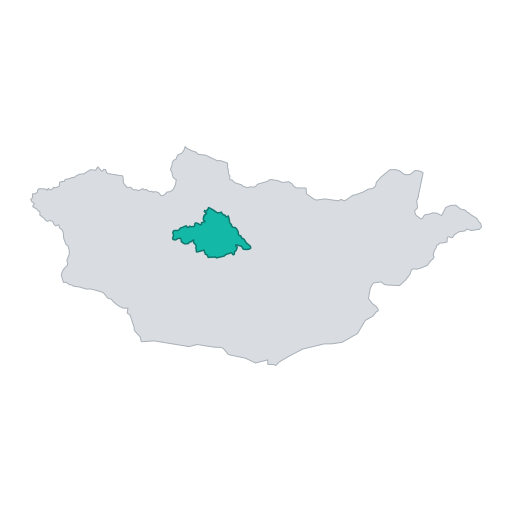 Mongolia, with Arhangay highlighted
{"feature_id": "MNG-3316", "entity_name": "Arhangay", "entity_type": "Province", "adm_level": 1, "iso_a3": "MNG", "parent_name": "Mongolia", "parent_adm1": "", "projection": "albers", "projection_center": [100.83, 48.018], "detail": "fine", "context": "in_parent", "style": "filled", "palette": "teal", "viewbox_px": 512, "rotation_deg": 0, "n_neighbors": 0, "source": "natural_earth", "source_scale": "10m", "svg_char_len": 7677}
<svg xmlns="http://www.w3.org/2000/svg" viewBox="0 0 512 512"><path d="M32.7,193.8L34.3,194.0L37.1,192.5L37.8,190.0L38.8,188.7L44.8,188.9L47.4,190.1L48.1,188.5L48.6,188.4L49.8,190.0L51.3,189.6L52.3,189.1L53.5,187.3L55.5,187.9L59.3,186.2L59.7,182.3L61.2,181.6L64.4,181.3L65.0,179.6L65.7,179.2L68.1,179.0L72.2,177.5L74.1,177.6L75.7,176.1L79.5,174.2L84.8,173.8L85.4,172.7L90.5,169.7L95.7,170.2L97.4,167.2L98.2,167.0L101.4,171.1L102.9,170.7L103.6,169.4L105.7,169.6L106.4,172.3L107.5,173.5L122.6,175.9L123.0,176.8L123.4,183.0L126.0,186.0L126.6,187.4L130.8,187.3L133.1,189.7L136.8,189.9L138.6,190.7L142.3,188.8L143.2,188.8L144.2,190.0L146.0,189.3L149.3,191.5L151.9,191.3L153.1,192.2L154.6,191.6L158.3,192.4L161.1,195.7L163.2,195.6L165.7,193.6L166.5,192.2L170.1,191.6L172.1,190.3L173.5,189.0L175.6,184.3L176.2,179.5L174.4,178.7L173.0,177.1L172.2,174.4L172.1,172.6L170.5,169.9L170.7,168.5L171.8,166.1L172.4,162.3L173.7,160.2L176.1,159.2L176.4,157.7L178.0,154.8L181.8,153.2L184.0,150.0L185.2,146.6L187.0,148.4L191.8,150.8L195.8,152.0L198.4,154.4L205.5,155.1L217.4,160.8L219.9,160.5L227.0,162.8L227.6,163.6L227.6,167.9L228.2,169.1L228.5,173.7L229.9,176.0L229.6,178.8L230.3,179.7L232.1,180.0L235.0,182.9L241.4,184.7L243.4,186.5L247.9,187.7L250.1,186.8L253.8,187.1L255.2,186.7L257.4,184.4L258.9,183.7L267.2,181.5L269.4,179.9L270.9,179.5L277.6,180.6L282.3,182.4L288.9,181.7L292.1,183.9L293.6,186.1L296.4,187.9L305.7,188.0L306.1,188.4L306.4,193.3L306.9,194.0L313.4,198.8L316.3,200.1L324.8,198.9L338.3,200.8L341.2,199.4L344.2,200.8L345.3,200.5L353.2,195.0L354.5,195.1L363.0,192.1L368.3,189.1L372.5,188.6L375.5,186.2L376.4,182.2L381.1,176.9L389.8,169.8L395.8,169.6L399.6,170.9L403.9,174.1L406.2,174.8L410.1,174.4L415.0,170.6L418.0,170.7L420.9,171.4L423.1,173.0L418.5,194.9L418.6,196.2L416.7,200.9L417.6,207.8L414.5,210.9L415.6,214.6L416.7,215.9L421.4,219.0L422.6,218.3L423.4,216.4L425.3,214.6L429.2,214.2L432.5,212.8L437.0,213.2L441.6,215.6L445.8,207.4L450.8,205.4L455.8,205.2L460.5,209.0L465.4,210.1L467.1,212.4L469.2,213.1L470.0,214.2L476.6,218.2L478.5,221.4L480.7,223.5L481.3,226.0L481.2,227.4L479.3,229.3L471.5,230.5L466.5,229.1L465.1,230.9L459.2,231.7L456.1,233.5L454.1,235.0L453.1,236.9L452.1,237.6L451.1,237.7L449.1,236.7L447.6,237.1L447.2,237.5L447.1,242.0L442.1,243.1L440.3,242.9L436.5,245.8L436.2,247.6L434.4,250.4L433.2,255.1L434.0,256.9L433.6,258.2L430.3,261.3L427.3,265.4L420.1,268.3L416.6,269.2L413.8,268.8L411.4,269.9L410.0,274.1L405.9,279.7L399.5,285.6L386.1,284.9L384.3,284.4L381.2,281.9L373.6,282.9L371.8,285.2L370.3,288.4L368.4,298.4L372.1,303.4L376.1,306.4L377.9,308.7L378.2,310.8L375.9,312.2L373.0,316.1L365.3,320.4L357.6,333.4L342.1,342.3L332.1,343.8L324.0,343.9L302.6,349.1L289.0,356.2L278.8,362.2L276.6,364.9L275.6,365.4L273.6,364.5L267.9,364.4L267.7,359.9L255.5,363.0L245.3,358.1L230.9,355.2L228.0,354.1L223.1,348.2L220.5,347.4L214.3,347.2L197.1,344.5L189.1,346.6L154.3,340.9L141.5,341.7L141.1,341.1L140.5,337.3L134.9,331.1L134.2,329.6L134.1,327.3L130.1,315.1L127.2,313.1L127.9,308.2L123.4,308.2L118.5,305.9L113.6,302.0L111.3,299.2L107.8,298.2L103.7,293.1L101.7,292.0L91.2,289.0L85.8,289.0L80.1,287.1L73.6,286.2L71.6,284.9L69.7,284.8L66.1,282.3L63.5,282.4L61.2,275.2L62.5,271.0L64.1,268.6L67.5,265.2L67.7,263.8L66.9,260.2L69.3,254.2L69.2,250.4L68.1,245.9L66.1,244.6L63.7,238.3L63.4,233.6L62.5,230.3L59.6,228.0L58.9,225.1L57.9,224.8L57.2,225.6L55.3,225.7L53.6,223.7L52.8,221.6L51.7,220.9L49.6,220.6L47.6,221.3L45.7,220.5L44.1,218.4L39.8,215.0L40.0,212.9L39.6,211.5L38.2,210.8L37.0,209.2L32.8,206.7L32.9,205.7L34.4,203.8L31.6,201.5L30.7,199.4L32.9,197.3L32.4,195.5L32.7,193.8Z" fill="#d9dde1" stroke="#a8b0b8" stroke-width="1"/><path d="M221.5,212.2L221.7,212.9L221.9,213.3L222.4,213.9L222.7,214.2L223.0,214.5L223.7,214.9L224.2,214.9L224.5,215.0L225.0,215.3L225.4,215.6L225.5,215.9L225.7,216.4L225.8,216.6L226.0,216.8L226.3,216.9L226.6,216.9L227.0,216.7L227.6,216.3L228.1,216.0L228.6,217.0L229.1,218.8L229.5,221.2L229.5,221.5L229.5,222.2L229.6,222.6L229.8,222.9L230.0,223.2L230.2,223.4L230.9,223.9L231.2,224.3L231.5,224.8L231.6,226.0L232.1,226.5L232.3,226.7L233.2,227.3L233.5,227.5L233.8,227.5L234.5,227.5L235.3,227.6L236.0,228.2L236.8,229.2L237.1,229.9L237.5,230.4L237.9,231.2L238.1,231.7L238.3,232.7L238.4,234.3L238.5,234.6L238.6,234.8L238.9,235.1L239.1,235.2L240.1,235.7L240.9,236.0L241.1,236.6L241.2,236.9L241.7,237.9L242.0,238.5L242.7,238.5L243.1,238.6L243.4,238.7L243.7,239.0L244.5,239.8L244.9,240.6L245.3,241.3L245.7,242.1L246.1,242.5L246.6,243.1L247.2,243.7L247.8,244.1L248.8,244.9L249.4,245.4L250.4,246.3L250.6,247.3L250.7,248.1L249.2,249.1L248.6,249.3L246.4,249.5L243.8,249.3L243.3,249.1L243.0,248.9L242.1,247.2L241.8,246.7L241.4,246.3L239.0,245.5L238.6,245.4L237.8,245.5L236.7,244.8L236.1,244.8L235.9,244.9L235.7,245.3L235.8,245.7L236.0,246.1L236.2,246.4L236.4,246.7L236.7,246.9L237.0,247.0L237.2,247.8L236.4,249.7L235.9,250.7L234.8,251.5L234.6,251.8L234.5,252.2L234.4,253.2L234.2,254.4L233.5,254.7L233.1,254.7L232.7,254.4L232.5,254.1L231.9,253.2L231.5,252.9L231.1,252.7L230.7,252.8L229.1,253.5L226.1,254.4L225.1,255.2L224.7,255.6L224.1,256.1L216.4,257.9L215.5,257.0L215.2,256.9L213.4,257.3L212.7,257.3L211.2,257.0L210.6,257.1L209.6,257.4L208.5,257.4L208.2,257.3L208.0,257.0L207.8,256.5L207.5,255.5L207.3,255.1L206.8,254.7L206.4,254.6L205.6,254.4L205.3,254.1L205.1,253.3L204.9,252.8L204.6,252.2L204.4,251.7L204.2,250.4L204.1,250.2L203.8,250.2L203.3,250.3L198.4,251.7L197.1,252.0L196.8,252.0L196.5,251.8L196.4,251.5L196.3,251.0L196.3,250.5L196.3,250.2L196.3,249.9L196.2,249.5L196.1,249.1L196.0,248.8L195.9,248.2L195.9,247.7L196.1,246.6L196.1,246.1L196.0,245.6L195.9,245.0L195.5,244.5L194.5,243.7L194.0,243.2L193.8,242.9L193.6,242.4L193.5,241.7L193.6,240.1L193.2,240.1L192.2,240.7L191.9,241.1L191.6,241.4L191.3,241.6L191.1,241.8L190.1,241.9L189.8,242.0L189.5,242.2L188.7,243.1L188.5,243.4L188.2,243.5L187.8,243.6L186.6,243.8L184.9,243.8L184.4,243.8L184.1,243.6L181.7,242.0L181.4,241.6L181.2,241.2L181.2,239.9L180.9,239.0L180.7,238.7L180.3,238.4L180.1,238.3L179.8,238.3L178.7,238.4L177.3,238.8L176.7,239.1L175.8,239.9L173.7,239.7L173.3,239.5L172.9,239.2L172.7,238.9L172.7,238.5L172.7,238.0L173.4,236.0L173.5,235.6L173.5,235.0L173.3,234.3L172.9,233.0L172.8,232.4L173.2,231.4L173.4,231.1L173.7,230.8L174.0,230.6L174.4,230.5L177.4,230.5L178.5,230.2L179.1,229.8L179.5,229.4L180.0,228.4L180.4,228.0L180.9,227.8L181.7,227.7L186.1,225.8L187.2,227.1L187.7,227.4L188.0,227.5L188.4,227.4L188.8,227.1L189.1,226.8L189.2,226.5L189.4,226.3L189.6,226.2L189.9,226.3L190.2,226.5L190.5,226.6L190.8,226.7L193.9,226.5L194.2,226.4L194.4,226.2L194.6,225.7L194.8,224.0L194.9,223.6L195.1,223.3L195.4,223.1L195.7,223.0L197.0,223.1L197.5,223.3L199.6,224.5L199.9,224.7L200.4,224.8L200.9,224.7L201.3,224.5L201.5,224.0L201.4,223.6L201.4,223.2L201.5,222.8L201.9,222.5L203.2,222.3L204.4,221.9L205.0,221.4L204.7,221.0L204.6,220.9L204.4,220.7L204.1,220.7L203.9,220.6L203.7,220.4L203.6,220.1L203.5,219.9L203.5,219.6L203.4,219.3L203.3,219.0L203.3,218.8L203.3,218.6L203.4,218.3L203.5,218.0L203.6,217.7L203.6,217.4L203.6,217.2L203.9,216.9L204.0,216.8L204.0,216.7L203.9,216.7L203.7,216.6L203.8,216.3L204.0,216.0L204.2,215.7L204.4,215.5L204.5,215.4L204.5,215.2L204.4,215.1L204.5,214.9L205.0,214.7L205.5,214.3L205.7,214.2L205.8,214.1L206.0,214.1L206.4,213.8L206.5,213.7L206.6,213.4L206.4,212.9L204.7,212.0L204.6,211.8L204.5,211.7L204.4,211.5L204.5,211.4L204.5,211.1L204.6,210.8L204.7,210.6L205.0,210.9L205.3,211.0L206.9,210.6L207.0,210.4L207.0,210.2L207.2,209.8L207.7,209.4L208.0,209.2L208.2,208.9L208.2,208.7L208.2,208.3L208.3,208.2L208.4,207.9L208.6,207.7L208.9,207.6L209.3,207.8L213.5,210.1L216.7,212.4L217.2,212.7L218.7,212.8L221.5,212.2Z" fill="#14b8a6" stroke="#0f766e" stroke-width="1.5"/></svg>